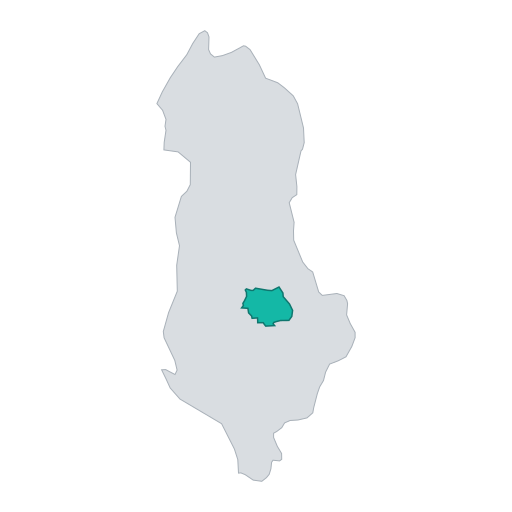 Gramsh, Elbasan, Albania shown in context
{"feature_id": "67620474B60363170083379", "entity_name": "Gramsh", "entity_type": "district", "adm_level": 2, "iso_a3": "ALB", "parent_name": "Albania", "parent_adm1": "Elbasan", "projection": "mercator", "projection_center": [20.218, 40.831], "detail": "fine", "context": "in_parent", "style": "filled", "palette": "teal", "viewbox_px": 512, "rotation_deg": 0, "n_neighbors": 0, "source": "geoboundaries", "source_scale": "gbopen_adm2", "svg_char_len": 1972}
<svg xmlns="http://www.w3.org/2000/svg" viewBox="0 0 512 512"><path d="M163.9,149.9L164.2,142.3L166.0,130.3L165.0,126.3L166.0,119.4L162.6,110.3L156.9,103.6L162.3,91.9L170.3,77.7L177.8,66.5L186.8,54.7L192.8,43.4L199.2,33.7L204.8,30.7L207.5,32.8L209.0,37.0L208.6,49.6L210.5,53.9L214.4,57.1L222.5,55.6L231.4,52.4L243.5,45.8L245.6,46.2L250.1,49.7L259.4,64.9L265.6,78.2L277.8,82.8L284.6,88.0L293.3,95.9L297.6,103.8L303.5,128.0L304.2,142.6L302.5,149.2L301.0,150.9L295.6,174.6L296.9,186.7L296.8,194.6L292.2,197.7L289.2,202.7L294.1,222.3L293.5,230.7L293.7,240.2L302.7,262.0L307.9,268.7L312.7,272.0L318.7,292.0L322.3,295.4L336.9,293.5L344.1,295.7L346.9,300.5L347.6,303.7L346.6,314.9L350.2,323.5L355.1,332.3L355.1,337.7L351.8,346.5L346.0,356.8L338.2,360.8L329.6,364.1L325.6,372.1L323.5,380.5L319.7,386.8L317.3,393.7L313.7,407.7L312.8,412.8L307.0,417.9L298.0,420.0L290.0,420.5L284.6,422.9L281.8,427.6L276.7,431.5L273.6,433.2L273.6,437.5L277.3,446.3L281.6,453.5L281.7,459.3L279.6,460.9L273.0,460.2L271.6,462.3L270.9,468.8L269.2,474.3L266.5,477.6L261.8,481.3L253.2,480.1L245.1,474.6L240.9,472.9L238.5,473.1L237.8,459.6L234.4,449.0L221.6,423.7L180.0,399.1L170.2,388.0L165.9,378.6L161.6,369.8L165.7,369.6L169.8,371.8L175.0,374.5L177.1,370.1L174.8,360.4L164.1,337.8L163.3,331.5L168.6,312.6L177.3,291.2L176.7,265.3L179.5,245.7L176.4,232.9L175.0,217.3L181.4,196.4L186.9,191.2L190.3,184.6L190.5,162.3L178.1,151.9L163.9,149.9Z" fill="#d9dde1" stroke="#a8b0b8" stroke-width="1"/><path d="M244.4,300.9L242.9,303.4L243.4,305.5L241.6,307.9L247.9,308.3L248.6,312.9L251.6,316.0L252.1,318.3L257.5,317.9L257.7,320.6L257.7,322.7L263.3,322.7L264.2,324.2L265.7,326.1L274.6,325.6L273.1,323.8L273.7,322.5L276.2,321.6L278.2,321.1L280.6,320.5L288.9,320.4L291.8,316.4L292.6,310.4L289.5,304.0L283.2,296.7L282.9,293.0L279.0,287.0L271.9,290.6L267.6,290.3L255.5,288.2L253.2,290.4L251.0,290.4L246.4,288.9L245.3,290.0L246.4,292.3L246.6,296.4L244.4,300.9Z" fill="#14b8a6" stroke="#0f766e" stroke-width="1.5"/></svg>